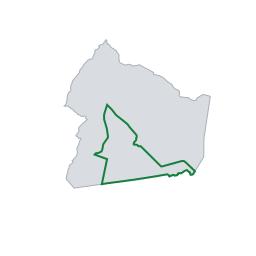 Adrar on a map of Algeria (Albers equal-area conic projection), rotated 315°
{"feature_id": "DZA-2143", "entity_name": "Adrar", "entity_type": "Province", "adm_level": 1, "iso_a3": "DZA", "parent_name": "Algeria", "parent_adm1": "", "projection": "albers", "projection_center": [0.561, 25.317], "detail": "fine", "context": "in_parent", "style": "outline", "palette": "green", "viewbox_px": 256, "rotation_deg": 315, "n_neighbors": 0, "source": "natural_earth", "source_scale": "10m", "svg_char_len": 6417}
<svg xmlns="http://www.w3.org/2000/svg" viewBox="0 0 256 256"><g transform="rotate(315 128 128)"><path d="M174.9,50.1L175.1,50.5L175.1,51.0L174.5,51.4L174.1,51.6L173.6,52.8L172.7,53.6L172.5,53.8L172.5,54.0L173.2,54.3L173.4,54.6L173.6,55.0L173.4,56.6L173.1,59.3L173.1,59.9L173.4,60.6L173.7,61.1L173.8,61.7L173.8,63.2L174.2,64.1L174.5,64.9L173.9,66.0L173.7,66.9L173.7,68.2L173.6,69.0L173.3,69.8L172.8,70.5L172.3,71.0L171.6,71.4L170.9,71.9L170.3,73.3L168.9,74.5L168.7,74.9L168.6,75.8L168.7,77.0L169.0,78.0L169.7,79.4L170.4,80.9L170.6,81.7L170.9,82.0L171.7,82.5L173.2,83.1L173.5,83.4L174.3,84.5L175.1,86.4L175.4,87.7L178.0,89.6L180.6,91.2L180.8,91.5L182.5,97.4L183.2,99.5L185.4,107.1L184.7,107.6L183.9,108.2L184.6,109.2L185.8,110.9L186.6,112.2L186.9,112.8L187.6,114.4L188.1,116.1L188.3,116.6L188.6,117.9L188.6,121.4L189.2,125.8L189.8,128.0L189.3,130.1L188.8,132.1L188.9,133.0L189.3,134.5L189.7,135.6L190.2,136.2L190.3,138.1L190.1,138.8L188.9,139.8L187.4,140.8L187.1,141.6L187.0,142.5L187.2,143.2L192.0,149.2L192.2,149.9L192.3,151.7L193.2,153.9L194.1,154.8L194.4,155.5L195.0,156.0L195.6,156.4L195.9,156.4L197.8,155.6L201.2,156.4L204.4,157.2L204.7,157.3L206.8,160.6L208.6,163.8L174.3,189.1L170.5,192.8L161.5,201.7L160.8,202.1L148.4,205.1L142.0,206.5L141.7,206.6L141.3,206.6L141.0,206.6L140.5,206.4L139.8,205.9L139.3,205.6L139.2,205.2L139.5,204.7L139.8,204.2L139.9,203.8L140.1,203.5L140.4,203.3L140.4,202.9L140.2,202.4L139.9,201.7L139.9,200.3L139.9,199.7L139.3,199.2L138.2,198.6L137.1,198.3L136.7,198.2L135.5,198.0L133.9,197.7L133.4,197.4L132.3,196.2L131.8,195.8L129.5,195.7L128.7,195.5L128.0,195.2L127.5,194.8L127.2,194.1L127.1,193.5L126.9,193.2L124.2,191.9L123.6,191.4L123.2,191.0L123.2,190.3L123.3,189.6L123.2,188.9L123.1,188.5L78.5,155.7L76.2,153.9L70.9,150.0L47.4,132.4L48.2,120.9L48.3,120.3L48.4,120.0L49.2,119.7L50.5,118.8L51.0,118.4L51.6,118.0L53.7,116.8L54.1,116.5L56.1,115.1L56.6,114.9L57.7,114.8L58.1,114.5L58.7,114.0L59.6,113.3L60.2,113.0L60.4,113.0L60.7,112.9L62.5,113.3L63.3,113.4L64.2,113.6L64.4,113.6L64.7,113.3L65.1,112.9L65.2,112.3L65.2,111.8L65.3,111.6L65.8,111.6L66.3,111.7L67.4,111.7L67.8,111.6L69.0,111.6L70.7,111.4L73.2,110.7L74.4,109.9L75.3,109.0L76.3,107.6L77.0,106.5L78.5,105.8L79.7,105.4L80.3,105.2L81.9,104.6L84.5,102.9L86.6,102.7L86.9,102.5L87.2,102.2L87.2,101.6L86.9,101.2L86.4,101.0L86.2,100.8L85.8,100.7L85.7,100.5L85.8,100.0L85.9,99.5L86.1,99.0L86.0,98.4L85.8,97.7L85.7,97.3L85.7,96.8L85.9,96.4L86.3,96.2L86.8,96.2L87.5,96.3L88.8,96.2L91.9,95.1L92.1,94.8L92.3,94.0L92.6,93.4L92.9,93.1L93.1,93.1L95.6,92.7L96.2,92.7L100.8,93.0L104.8,93.2L105.2,93.1L105.2,92.6L104.9,91.6L105.1,91.1L105.7,90.5L106.4,90.0L106.1,89.2L105.5,88.7L104.7,88.1L104.3,87.9L103.6,87.2L103.2,86.4L102.9,84.7L102.4,83.7L102.0,82.6L102.4,80.4L101.9,79.2L101.8,78.6L101.8,77.9L102.0,76.8L101.9,75.2L101.3,73.6L101.6,73.0L101.8,72.7L101.7,72.5L101.2,71.9L101.0,71.5L101.1,71.1L101.4,70.5L101.4,70.3L100.5,69.5L99.0,68.3L98.6,67.8L98.4,67.2L99.8,67.4L100.6,67.3L102.3,66.6L103.7,65.6L104.7,65.1L105.7,64.0L106.5,63.3L107.8,62.5L111.3,60.9L111.8,60.9L113.0,61.3L114.0,61.2L114.7,60.6L115.4,59.2L116.6,58.4L118.0,57.5L120.0,56.7L121.2,56.0L123.3,55.3L128.3,54.9L131.0,54.5L132.7,54.5L134.5,53.3L135.4,52.9L139.3,52.8L141.1,51.9L148.0,51.7L148.8,51.9L149.7,52.4L151.1,53.4L151.8,53.7L152.8,53.4L154.8,52.3L157.2,51.6L158.5,50.9L159.0,50.0L160.1,49.6L160.8,50.3L163.3,50.9L164.8,50.6L165.5,50.3L165.2,49.3L166.8,49.5L168.0,50.0L169.4,50.9L170.2,51.1L171.7,50.5L174.9,50.1Z" fill="#d9dde1" stroke="#a8b0b8" stroke-width="1"/><path d="M76.2,153.9L74.9,152.9L73.6,151.9L72.3,151.0L70.9,150.0L70.0,149.3L69.8,149.2L91.2,135.2L85.6,123.2L87.1,123.1L88.4,123.9L89.2,124.5L91.1,125.4L92.6,125.8L94.5,125.1L95.6,124.4L98.0,122.6L99.0,122.1L99.9,121.8L106.8,120.6L107.8,119.9L112.6,113.5L117.1,105.2L119.7,102.4L120.4,101.9L121.8,100.9L129.6,96.9L129.6,103.8L128.7,110.5L129.8,119.6L130.3,124.3L130.2,126.1L129.8,128.0L129.0,139.0L128.9,139.2L128.8,139.4L128.7,139.6L128.3,140.0L128.1,140.2L127.6,140.7L126.7,140.9L126.5,141.0L126.0,141.7L125.8,141.9L125.7,142.0L124.9,142.3L123.7,142.3L123.4,142.4L123.2,142.4L122.8,142.4L122.3,142.4L122.2,142.4L122.1,142.5L121.6,142.9L121.0,143.1L120.7,143.3L120.5,143.5L120.4,143.7L120.4,143.8L120.5,143.9L121.1,144.6L122.4,146.2L122.5,146.4L122.5,146.6L122.6,146.9L122.6,147.4L122.5,148.3L122.6,148.5L124.0,149.7L124.1,149.8L124.1,150.0L124.2,178.4L124.4,178.7L124.8,179.2L142.7,189.4L143.6,190.2L144.2,191.0L144.5,193.0L144.8,205.9L144.2,206.0L142.8,206.3L142.0,206.5L141.3,206.7L141.1,206.7L140.9,206.6L140.7,206.5L140.2,206.1L139.8,205.9L139.7,205.8L139.5,205.7L139.3,205.5L139.2,205.3L139.2,205.2L139.3,205.0L139.4,204.8L139.4,204.7L139.5,204.6L139.8,204.3L139.8,204.2L139.8,203.8L139.9,203.7L140.0,203.6L140.4,203.3L140.4,203.1L140.4,202.9L140.2,202.7L140.1,202.4L140.2,202.2L139.9,201.7L139.9,201.4L140.0,199.6L139.9,199.4L139.7,199.4L139.4,199.3L139.3,199.2L138.8,198.8L137.8,198.4L135.5,198.0L135.1,198.0L134.3,197.8L134.1,197.8L133.8,197.6L133.6,197.6L133.4,197.5L133.2,197.4L132.9,196.8L132.6,196.4L132.3,196.1L131.8,195.7L131.7,195.6L131.3,195.6L131.2,195.7L130.8,196.1L130.6,196.2L130.0,196.0L129.9,195.9L129.7,195.8L129.4,196.0L129.2,196.0L129.1,195.9L129.1,195.7L128.9,195.5L128.7,195.5L128.4,195.5L128.2,195.4L127.3,194.6L127.2,194.5L127.2,193.8L127.1,193.5L127.0,193.3L126.4,192.9L126.1,192.7L125.8,192.7L125.7,192.6L125.2,192.5L124.8,192.4L124.7,192.3L124.6,192.1L124.4,191.8L124.3,191.7L124.1,191.7L123.9,191.7L123.6,191.7L123.4,191.7L123.1,191.7L123.1,191.3L123.1,191.2L123.2,190.4L123.3,189.4L123.2,188.7L122.1,187.9L121.4,187.4L120.7,186.9L120.0,186.4L119.3,185.9L118.6,185.4L117.9,184.9L117.2,184.4L116.5,183.9L115.8,183.5L115.1,183.0L114.4,182.5L113.9,182.1L113.7,182.0L113.1,181.5L112.4,181.0L111.7,180.5L111.0,180.0L110.3,179.5L109.6,179.0L108.9,178.5L108.2,178.0L107.5,177.5L106.8,177.0L106.2,176.5L105.5,176.0L104.8,175.5L104.1,175.0L103.4,174.5L102.7,174.0L102.0,173.5L101.4,173.0L100.7,172.5L100.0,172.0L99.3,171.5L98.6,171.0L98.0,170.5L97.3,170.0L96.6,169.5L95.9,169.0L95.2,168.5L94.6,168.0L93.9,167.5L93.2,166.9L92.5,166.4L91.9,165.9L91.2,165.4L90.5,164.9L89.9,164.4L89.2,163.9L88.6,163.4L88.0,163.0L87.3,162.5L86.7,162.0L86.1,161.5L85.5,161.1L84.9,160.6L84.3,160.1L83.7,159.7L83.0,159.2L82.4,158.7L81.8,158.2L81.2,157.8L80.6,157.3L80.0,156.8L79.4,156.3L78.5,155.7L78.0,155.2L77.4,154.8L76.8,154.4L76.2,153.9Z" fill="none" stroke="#15803d" stroke-width="2"/></g></svg>